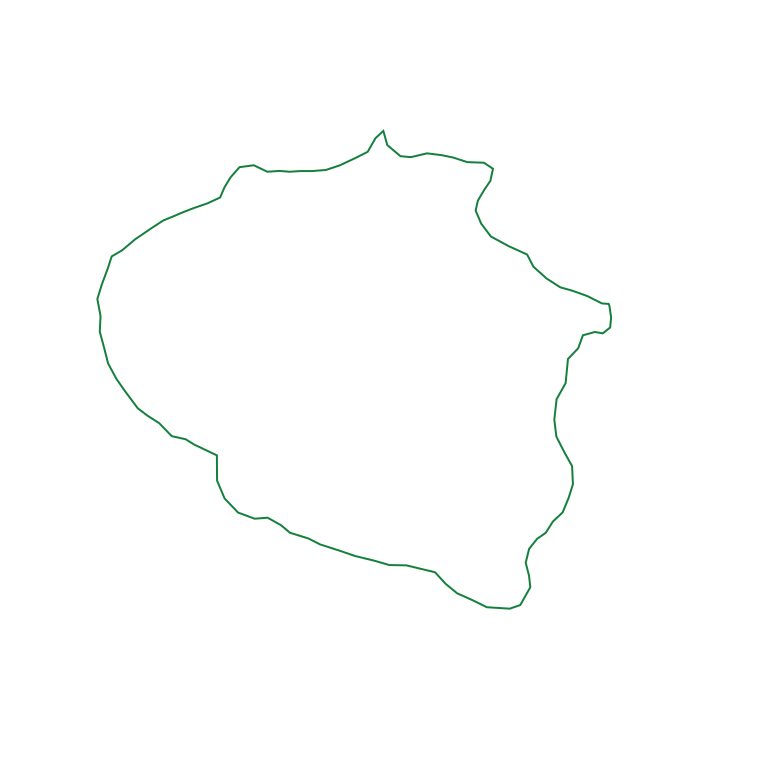 Shahbuz District, Şahbuz, Azerbaijan, rotated 243°
{"feature_id": "54616110B68105682916253", "entity_name": "Shahbuz District", "entity_type": "district", "adm_level": 2, "iso_a3": "AZE", "parent_name": "Azerbaijan", "parent_adm1": "Şahbuz", "projection": "orthographic", "projection_center": [45.639, 39.439], "detail": "fine", "context": "isolated", "style": "outline", "palette": "green", "viewbox_px": 768, "rotation_deg": 243, "n_neighbors": 0, "source": "geoboundaries", "source_scale": "gbopen_adm2", "svg_char_len": 1546}
<svg xmlns="http://www.w3.org/2000/svg" viewBox="0 0 768 768"><g transform="rotate(243 384 384)"><path d="M609.8,498.3L606.9,488.0L598.3,474.9L598.3,461.7L598.9,443.8L601.1,429.3L606.3,416.8L611.5,406.6L616.0,396.2L621.2,387.8L626.1,376.4L638.0,367.3L642.8,353.7L637.8,341.1L631.6,331.1L624.6,322.7L625.1,308.9L627.1,294.6L628.2,284.0L629.9,261.2L628.4,247.4L625.9,227.9L622.0,211.3L621.3,199.3L612.5,190.5L600.8,177.8L589.9,167.2L573.3,162.3L559.6,154.5L541.6,150.7L527.6,147.5L510.0,147.9L495.2,150.0L474.1,153.6L463.1,158.9L451.2,165.9L433.9,171.2L424.8,182.2L416.0,187.5L396.3,202.7L373.7,191.4L354.4,190.0L335.7,195.6L322.7,207.6L317.7,219.6L305.0,228.1L294.1,232.7L280.7,246.5L270.1,254.2L256.4,268.0L244.0,280.0L230.9,295.2L222.9,303.8L220.3,306.5L212.2,321.7L203.7,331.6L193.1,344.0L177.9,348.2L164.2,354.2L151.1,364.8L138.4,374.3L126.7,394.1L125.2,405.1L136.5,422.1L147.4,426.2L160.4,429.1L171.2,438.4L176.5,450.0L178.0,460.6L184.8,472.1L188.5,484.9L198.7,496.8L208.9,506.8L225.4,514.3L241.5,513.7L258.9,513.7L275.0,519.6L275.3,519.8L292.1,530.9L302.3,546.2L322.8,559.3L327.7,573.3L337.1,583.3L334.6,595.5L329.8,602.0L331.7,611.2L340.2,616.6L351.5,620.4L353.4,620.5L353.4,620.4L356.9,614.7L370.0,605.1L381.7,594.1L390.2,584.9L404.3,576.7L420.6,570.4L434.4,570.3L450.3,557.6L466.9,546.2L482.8,543.4L496.9,544.4L504.7,550.8L511.7,561.8L516.7,571.0L526.3,578.8L535.8,573.5L543.9,558.9L554.5,548.3L561.9,539.0L570.0,527.0L573.9,511.0L579.5,502.1L595.4,495.4L609.2,498.2L609.8,498.3Z" fill="none" stroke="#15803d" stroke-width="2"/></g></svg>